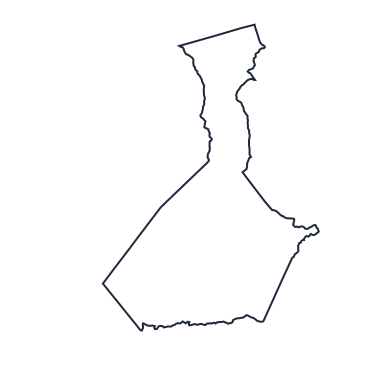 Colinas, Maranhão, Brazil (Albers equal-area conic projection), rotated 74°
{"feature_id": "56859067B48571840194208", "entity_name": "Colinas", "entity_type": "district", "adm_level": 2, "iso_a3": "BRA", "parent_name": "Brazil", "parent_adm1": "Maranhão", "projection": "albers", "projection_center": [-44.236, -6.084], "detail": "fine", "context": "isolated", "style": "outline", "palette": "slate", "viewbox_px": 384, "rotation_deg": 74, "n_neighbors": 0, "source": "geoboundaries", "source_scale": "gbopen_adm2", "svg_char_len": 4163}
<svg xmlns="http://www.w3.org/2000/svg" viewBox="0 0 384 384"><g transform="rotate(74 192 192)"><path d="M265.0,81.1L261.9,81.2L260.2,82.2L258.9,82.1L257.8,82.5L257.5,83.9L257.8,85.5L258.4,86.9L258.4,88.2L259.1,90.1L259.2,91.9L258.5,93.2L256.5,94.2L255.6,95.3L255.1,96.6L255.4,98.3L255.1,99.6L254.2,100.5L254.2,101.8L253.6,102.9L251.5,103.8L249.3,102.7L247.6,101.6L246.0,101.3L244.8,103.7L244.2,105.4L243.8,107.2L242.9,108.9L241.4,110.4L240.1,111.4L239.4,112.6L237.6,113.8L236.1,114.7L234.0,115.9L232.8,117.4L231.9,118.5L231.4,120.0L220.8,124.8L202.4,132.0L186.9,138.0L185.8,135.2L184.9,133.2L182.6,132.0L181.1,131.5L179.7,131.2L178.7,130.4L175.0,127.5L174.7,125.7L172.3,126.2L171.1,126.2L167.3,125.0L161.9,124.1L157.3,122.7L155.0,121.4L153.2,120.8L151.4,120.9L150.2,120.5L148.6,120.2L147.2,120.4L146.0,120.6L144.1,120.0L141.0,119.5L138.3,118.4L136.5,118.4L134.2,117.6L132.2,118.5L130.1,119.0L128.9,119.7L124.6,119.3L122.9,119.9L121.1,119.9L119.3,120.3L118.2,121.5L117.1,122.6L115.1,123.6L113.5,123.1L111.8,122.9L110.4,122.6L109.2,121.7L108.0,120.8L107.1,119.8L106.4,118.7L105.6,117.6L104.7,116.9L103.8,115.6L103.0,114.3L102.8,112.9L101.9,111.6L101.2,110.4L100.4,108.8L99.8,107.7L99.6,106.1L99.5,104.6L100.0,102.9L101.2,101.8L101.6,100.6L99.2,101.4L96.0,102.6L94.0,103.1L93.0,104.4L91.6,105.3L90.4,103.8L90.2,101.0L90.0,99.2L88.5,98.0L87.3,96.5L85.7,96.5L83.9,96.8L82.0,96.4L80.2,95.1L80.0,93.8L78.8,93.2L77.4,93.2L76.4,92.1L76.1,90.3L75.6,89.0L73.9,88.0L73.2,85.5L73.6,83.3L72.9,82.0L71.7,82.1L69.8,83.9L68.0,85.1L65.4,85.4L63.8,85.5L61.3,85.5L55.5,85.7L52.0,85.8L50.6,85.9L48.4,85.7L48.0,99.1L48.2,130.9L48.1,164.0L49.6,162.5L50.1,161.4L51.8,160.6L53.7,160.7L56.0,160.3L58.2,159.5L58.7,158.3L59.8,157.3L61.2,156.2L62.6,155.1L64.3,154.3L66.8,154.5L67.9,155.2L69.5,155.3L71.4,155.6L72.8,154.8L74.7,155.1L76.7,154.2L77.8,153.6L79.2,154.1L81.0,153.4L82.2,152.5L84.4,152.2L86.6,151.6L88.7,151.9L90.1,151.5L91.7,151.4L93.2,150.9L95.0,151.8L97.0,152.5L98.4,153.0L100.4,153.2L102.0,153.8L103.4,153.7L106.0,153.9L107.7,155.2L109.7,155.7L111.4,156.3L112.2,157.2L113.7,158.2L115.7,158.8L116.6,159.6L118.0,160.2L119.4,161.3L120.5,162.8L122.4,162.8L124.1,161.6L125.2,160.7L126.3,160.4L127.8,159.6L129.8,160.7L131.8,161.7L133.1,162.3L134.2,161.5L135.2,160.0L136.3,159.0L137.7,159.2L139.5,158.9L141.0,158.7L142.0,159.6L143.5,159.8L144.8,159.2L146.4,158.3L147.9,159.4L148.1,160.8L149.1,161.5L150.9,161.9L152.6,162.6L154.5,162.6L156.2,163.5L157.7,163.9L158.8,165.4L160.9,166.8L162.9,167.4L164.8,167.0L166.6,167.1L168.0,169.2L168.8,170.7L188.0,207.2L198.0,226.1L199.9,228.7L207.6,239.0L225.7,263.2L228.6,266.9L236.9,278.1L238.1,279.7L244.1,287.8L253.9,300.8L255.5,302.9L266.1,298.4L267.9,297.6L270.4,296.6L278.4,293.2L281.8,291.8L305.4,281.8L306.5,281.4L310.5,279.7L311.4,278.5L309.2,276.5L307.1,276.1L305.7,275.9L304.8,275.2L305.9,273.8L307.6,272.3L308.3,271.1L309.2,268.8L309.5,266.7L310.7,264.7L311.6,265.6L313.5,265.5L314.0,263.8L313.2,262.5L312.1,261.5L311.9,259.8L312.5,258.2L313.1,257.0L314.5,256.2L314.5,254.4L314.6,252.9L314.8,251.4L315.6,249.4L315.0,247.7L315.0,245.5L314.4,243.9L314.1,242.1L314.8,240.5L315.0,238.7L313.9,236.6L315.5,235.1L316.5,234.2L315.5,231.9L316.4,230.4L317.9,231.5L319.4,231.4L319.7,229.7L319.6,227.8L319.9,225.2L321.1,223.8L321.2,222.5L321.0,221.1L321.2,219.9L322.1,218.2L323.1,217.1L323.6,215.7L322.9,214.6L322.6,213.5L323.2,211.6L323.3,210.4L323.8,209.1L323.8,207.7L323.8,206.4L324.9,205.6L324.2,203.5L324.6,201.4L325.1,199.3L325.3,197.3L326.6,196.1L327.0,194.9L328.6,193.7L328.5,192.0L328.7,190.1L328.2,188.8L326.6,188.2L326.1,186.2L325.8,183.2L326.4,181.4L326.4,180.0L326.8,177.8L326.6,176.6L325.6,174.4L325.5,173.1L326.2,172.2L327.5,170.9L328.7,169.8L329.3,168.8L330.3,167.3L331.4,166.6L332.3,165.8L334.0,164.8L335.6,161.8L336.0,160.7L335.9,159.0L298.3,127.1L282.8,113.7L282.3,111.9L281.2,111.1L280.2,110.3L279.5,108.3L278.7,106.6L277.6,105.7L276.1,105.7L274.5,105.0L273.2,105.1L271.9,103.9L270.5,102.9L270.6,101.2L269.2,100.3L268.6,98.8L269.0,97.5L267.8,97.2L267.0,96.1L266.1,95.0L266.0,93.6L267.0,92.5L266.2,90.8L265.1,89.4L266.5,87.9L267.0,86.8L266.8,85.4L265.9,83.0L265.0,81.1Z" fill="none" stroke="#1e293b" stroke-width="2"/></g></svg>